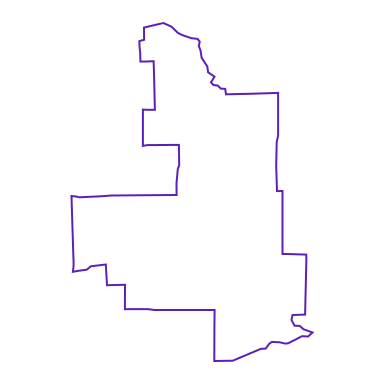 Farroupilha, Rio Grande do Sul, Brazil
{"feature_id": "56859067B57975111280948", "entity_name": "Farroupilha", "entity_type": "district", "adm_level": 2, "iso_a3": "BRA", "parent_name": "Brazil", "parent_adm1": "Rio Grande do Sul", "projection": "robinson", "projection_center": [-51.37, -29.195], "detail": "fine", "context": "isolated", "style": "outline", "palette": "violet", "viewbox_px": 384, "rotation_deg": 0, "n_neighbors": 0, "source": "geoboundaries", "source_scale": "gbopen_adm2", "svg_char_len": 1332}
<svg xmlns="http://www.w3.org/2000/svg" viewBox="0 0 384 384"><path d="M302.0,336.2L308.1,336.5L312.5,332.5L307.3,330.6L303.6,329.3L299.7,325.9L294.5,325.7L291.5,319.9L292.6,315.0L305.1,314.6L306.4,258.4L306.2,254.6L287.8,254.0L282.5,254.0L282.5,228.1L282.5,221.4L282.5,217.1L282.5,211.4L282.5,198.4L282.5,191.0L277.0,191.1L276.2,165.8L276.7,142.2L278.1,135.8L278.1,92.9L249.6,93.8L226.0,94.3L225.2,88.9L220.8,88.6L217.7,85.5L213.5,85.1L211.0,82.3L214.5,76.7L208.1,72.3L207.3,66.4L201.7,58.0L200.5,50.4L198.8,46.1L199.7,41.6L197.6,38.9L191.4,38.2L182.5,35.2L177.9,32.9L171.5,26.7L163.4,23.0L147.2,26.8L144.0,27.6L144.1,39.8L139.4,41.1L139.5,46.7L140.2,52.6L140.4,61.5L147.2,61.5L153.6,61.2L154.0,73.3L154.9,109.8L147.4,109.8L142.9,109.6L142.9,122.0L142.9,145.9L147.2,145.1L178.9,144.9L179.2,165.3L177.8,169.0L176.5,183.5L176.6,195.0L147.3,195.2L111.2,195.5L103.6,196.1L100.0,196.3L96.6,196.5L79.2,197.3L76.1,196.5L71.5,196.0L72.0,212.6L73.4,257.6L73.6,261.5L73.6,265.9L72.9,271.8L78.4,270.8L86.7,269.7L90.8,266.3L105.8,264.5L107.0,285.2L125.0,284.8L124.9,309.2L135.7,309.1L147.8,309.1L154.4,310.0L180.3,310.0L186.7,310.0L214.6,310.0L214.4,329.5L214.3,361.0L232.8,360.7L242.4,356.6L260.9,348.8L265.7,348.6L269.2,343.8L271.9,341.9L279.7,342.3L285.4,343.6L288.4,343.2L302.0,336.2Z" fill="none" stroke="#5b21b6" stroke-width="2"/></svg>